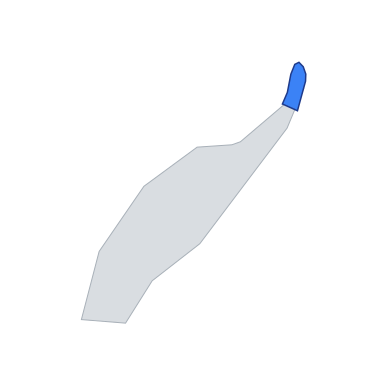 Palau, with Ngarchelong highlighted, rotated 30°
{"feature_id": "PLW-5252", "entity_name": "Ngarchelong", "entity_type": "state/province", "adm_level": 1, "iso_a3": "PLW", "parent_name": "Palau", "parent_adm1": "", "projection": "equal_earth", "projection_center": [134.636, 7.709], "detail": "fine", "context": "in_parent", "style": "filled", "palette": "blue", "viewbox_px": 384, "rotation_deg": 30, "n_neighbors": 0, "source": "natural_earth", "source_scale": "10m", "svg_char_len": 484}
<svg xmlns="http://www.w3.org/2000/svg" viewBox="0 0 384 384"><g transform="rotate(30 192 192)"><path d="M200.0,338.8L160.0,357.8L141.3,289.9L147.5,211.1L174.0,150.6L202.9,131.2L208.8,124.3L236.8,45.7L242.4,89.1L224.6,232.9L201.9,288.8L200.0,338.8Z" fill="#d9dde1" stroke="#a8b0b8" stroke-width="1"/><path d="M226.3,70.6L224.8,58.1L218.7,40.5L217.2,30.1L219.8,26.2L225.7,27.9L231.6,33.0L234.9,39.2L242.7,68.9L226.3,70.6Z" fill="#3b82f6" stroke="#1e3a8a" stroke-width="1.5"/></g></svg>